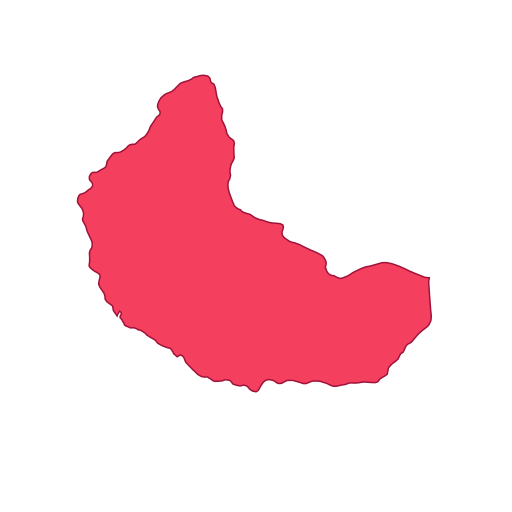 Fatululic, Cova Lima, East Timor, rotated 210°
{"feature_id": "22284137B33809863123080", "entity_name": "Fatululic", "entity_type": "district", "adm_level": 2, "iso_a3": "TLS", "parent_name": "East Timor", "parent_adm1": "Cova Lima", "projection": "mercator", "projection_center": [125.158, -9.205], "detail": "fine", "context": "isolated", "style": "filled", "palette": "rose", "viewbox_px": 512, "rotation_deg": 210, "n_neighbors": 0, "source": "geoboundaries", "source_scale": "gbopen_adm2", "svg_char_len": 6094}
<svg xmlns="http://www.w3.org/2000/svg" viewBox="0 0 512 512"><g transform="rotate(210 256 256)"><path d="M346.3,134.6L346.5,135.8L346.6,138.2L346.5,139.6L346.5,139.9L345.6,139.9L345.1,139.8L344.3,139.6L343.8,138.6L343.6,137.6L343.5,136.4L343.5,135.5L342.6,134.6L342.4,134.4L341.6,134.2L339.9,133.7L339.4,133.1L338.6,132.8L337.9,132.3L337.0,131.8L336.0,131.1L335.6,130.6L334.1,130.3L332.7,130.5L331.4,130.7L330.3,130.8L329.6,130.8L328.9,131.0L327.0,132.0L326.7,132.2L326.0,132.8L324.7,133.0L322.8,133.3L322.2,133.4L321.0,133.1L320.7,133.2L319.9,133.8L318.0,134.0L316.8,134.0L314.9,133.8L313.4,133.8L312.6,133.5L311.9,133.2L311.6,133.1L311.1,133.0L310.5,132.9L309.3,132.9L308.3,132.8L307.0,132.8L303.0,132.8L302.0,132.7L301.1,132.7L300.3,132.4L297.7,131.4L296.2,131.3L294.6,131.4L292.9,131.4L292.5,131.5L291.3,131.5L289.3,131.9L286.5,132.4L285.5,132.7L285.0,132.9L284.4,133.2L282.8,132.8L280.7,131.7L279.1,130.9L278.9,130.6L278.5,130.1L277.6,130.1L273.9,129.3L272.9,131.1L271.9,132.7L269.1,132.6L267.0,131.5L265.8,130.4L265.5,130.2L264.8,129.7L263.7,128.9L262.7,128.5L260.2,127.8L258.7,127.3L257.1,126.9L254.6,126.2L254.3,126.0L254.1,126.0L252.5,125.7L250.9,125.3L247.2,124.3L243.5,124.3L242.4,124.5L239.7,125.5L238.8,126.4L237.4,127.0L236.6,126.9L233.3,126.8L232.2,126.6L231.3,126.5L230.8,126.6L230.2,126.6L228.9,126.9L227.2,128.0L226.0,128.7L224.8,129.6L223.5,130.5L222.8,131.1L221.6,132.5L220.6,133.5L218.6,134.4L218.2,134.6L216.3,135.1L215.1,134.9L214.3,134.6L213.7,134.4L212.9,133.9L211.9,133.6L208.0,134.4L206.9,134.8L204.7,135.6L204.5,135.8L203.6,136.6L202.8,137.5L202.0,138.2L198.8,138.8L197.9,138.6L196.7,138.2L195.8,137.9L194.8,137.5L194.0,137.4L191.3,137.3L189.2,138.1L188.1,138.4L187.1,140.2L186.8,141.6L186.9,143.9L186.9,145.4L186.7,149.1L186.3,151.3L185.5,153.0L184.5,154.3L182.7,155.6L180.6,156.3L179.9,156.6L177.9,156.9L176.5,156.8L176.1,156.8L175.0,156.5L172.7,156.9L170.3,158.4L169.0,160.4L167.8,162.4L167.1,163.5L165.1,164.9L163.4,165.8L161.7,166.8L160.1,167.1L158.2,167.6L155.1,168.4L151.2,169.2L148.8,170.6L147.1,172.8L144.8,175.7L142.8,177.0L139.5,178.8L137.5,179.6L133.7,180.4L131.8,180.9L130.1,181.1L126.9,181.3L123.9,181.9L122.0,182.9L120.4,184.2L119.2,185.3L116.9,187.4L114.5,189.3L111.8,192.5L110.3,193.6L107.2,195.2L105.2,196.5L103.5,197.7L102.5,198.6L101.5,199.4L98.7,201.4L95.7,202.7L94.0,203.6L91.5,204.8L89.4,206.0L87.6,208.0L87.3,211.0L86.3,213.3L84.4,216.7L83.2,219.2L85.3,225.0L85.0,227.6L84.1,231.1L82.5,234.5L81.4,237.9L81.6,238.9L81.8,242.4L81.9,243.6L80.8,245.7L80.5,246.4L80.7,249.4L80.8,250.3L81.1,252.9L80.6,255.3L78.7,258.3L78.1,260.2L77.3,264.9L76.5,269.1L75.2,273.5L73.7,277.2L72.2,280.9L71.9,283.4L72.2,287.3L73.2,289.7L74.5,292.1L77.7,296.5L82.7,303.8L89.2,313.4L93.7,320.2L95.0,323.8L98.9,322.0L103.7,321.3L109.9,320.4L114.7,319.8L121.3,319.3L126.6,318.7L131.3,317.9L134.8,317.2L140.0,315.4L143.5,313.2L146.6,310.0L151.6,304.9L153.9,302.8L154.3,302.5L155.3,301.7L158.3,298.2L162.1,292.7L163.9,289.9L166.1,285.4L169.3,281.1L171.5,278.8L174.2,278.1L176.0,278.0L178.5,277.9L181.2,276.9L183.5,276.8L185.3,277.3L185.9,277.6L187.1,278.2L188.4,279.4L190.4,280.9L190.7,282.4L191.4,284.5L192.6,286.1L194.4,287.5L197.1,289.0L199.0,289.5L202.2,289.4L206.0,289.2L211.5,288.5L217.6,288.0L218.5,287.9L224.2,287.6L228.7,286.8L233.3,285.5L236.4,285.6L238.3,285.7L241.6,286.2L244.0,287.5L245.0,289.1L245.6,289.9L245.9,292.2L246.8,294.9L248.3,296.3L251.2,296.1L253.2,295.2L254.4,294.7L256.7,293.5L259.3,292.4L263.1,291.2L265.9,290.7L268.0,290.3L269.6,289.8L271.7,289.2L276.1,288.6L282.0,289.1L285.4,288.2L289.3,287.5L291.1,287.7L292.5,288.3L294.4,287.9L297.1,288.0L300.1,288.7L301.5,289.9L301.8,290.2L302.6,290.7L305.6,293.1L311.0,297.6L314.0,300.8L315.1,302.4L315.4,302.8L316.5,304.7L317.3,307.2L317.2,309.3L318.4,313.2L319.8,314.8L321.5,317.3L322.2,319.2L322.6,320.4L323.1,321.9L323.4,323.7L323.5,326.7L323.5,327.3L323.6,328.3L323.9,330.0L326.3,333.6L327.2,335.0L328.4,337.0L330.0,339.9L330.9,342.4L332.6,344.4L334.0,344.9L338.8,345.5L342.5,347.5L344.4,349.7L348.0,353.0L351.4,355.3L353.3,356.4L354.4,357.8L356.1,360.8L356.9,363.9L358.5,366.7L361.5,367.9L365.3,370.8L367.1,372.5L368.1,373.2L369.3,374.2L371.5,376.7L372.6,378.0L374.1,379.9L375.9,381.9L378.6,383.9L381.1,383.7L382.5,384.4L383.9,386.0L385.3,387.2L387.8,387.7L390.5,386.8L390.9,386.6L392.6,385.8L394.7,384.1L396.8,381.9L398.4,380.5L399.4,379.3L400.4,376.8L402.4,373.9L404.9,371.4L406.6,369.4L407.8,367.8L408.6,365.2L409.1,363.0L409.8,360.5L409.9,359.8L411.1,356.6L412.9,354.1L414.6,352.1L416.0,349.7L416.9,347.0L417.4,345.4L417.5,341.7L417.0,338.5L416.1,336.2L414.0,334.4L411.5,333.2L410.6,332.2L410.1,330.4L410.3,329.6L410.4,328.9L411.1,327.8L411.5,326.3L411.7,322.9L411.8,320.2L412.1,317.4L412.1,314.7L411.6,312.1L411.5,310.2L411.5,307.2L412.1,303.7L413.7,300.8L414.9,298.2L415.3,296.7L415.4,296.2L416.6,292.4L418.7,291.1L420.8,289.4L421.8,287.0L422.3,284.5L423.6,281.3L424.1,280.6L424.6,279.6L425.3,278.4L426.5,277.1L430.1,274.8L431.2,272.6L431.8,268.7L432.1,265.5L432.3,263.7L431.7,262.0L431.0,259.9L430.7,258.5L431.0,257.1L431.9,255.4L433.2,253.4L434.6,250.8L435.5,249.1L437.0,248.0L438.4,247.4L439.3,246.4L439.7,245.7L440.1,245.0L440.1,243.6L440.1,241.6L438.7,239.2L438.1,238.8L437.5,238.4L435.0,237.7L433.6,236.7L432.6,235.1L432.6,234.3L432.6,233.5L433.1,231.5L433.6,230.5L433.9,230.1L434.2,229.6L434.9,227.4L435.4,226.2L436.5,224.3L439.2,221.3L439.3,221.0L439.5,219.3L439.2,217.0L437.9,214.0L436.7,212.8L435.3,212.1L433.4,211.3L430.7,210.2L429.8,209.6L427.3,207.5L426.2,205.9L425.1,203.2L424.8,201.3L423.6,199.9L420.3,197.9L418.8,196.9L417.5,195.9L415.9,194.2L413.5,192.2L407.9,188.3L406.4,187.3L404.3,185.3L402.8,182.5L402.3,180.4L402.5,178.8L402.3,177.2L402.0,175.7L399.9,172.4L399.4,171.7L399.1,171.2L398.1,169.4L397.2,167.8L396.2,165.2L395.5,163.9L393.9,163.0L391.7,162.5L388.1,162.1L385.1,162.2L382.5,161.9L381.2,161.0L380.4,159.1L379.4,155.9L378.7,154.0L378.0,152.8L376.4,151.5L375.0,150.6L373.0,149.7L368.9,147.7L366.6,145.5L365.1,143.2L362.8,142.0L359.8,141.5L357.3,141.3L355.1,140.9L354.2,139.8L352.2,137.4L346.3,134.6Z" fill="#f43f5e" stroke="#9f1239" stroke-width="1.5"/></g></svg>